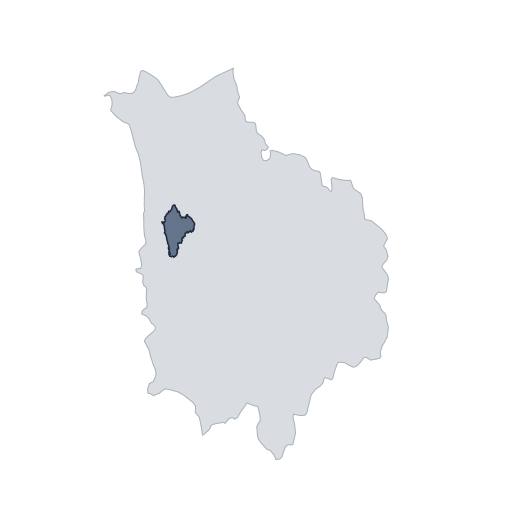 Luninets, Brest, Belarus shown in context, rotated 79°
{"feature_id": "67162791B41216407156673", "entity_name": "Luninets", "entity_type": "district", "adm_level": 2, "iso_a3": "BLR", "parent_name": "Belarus", "parent_adm1": "Brest", "projection": "robinson", "projection_center": [26.952, 52.407], "detail": "fine", "context": "in_parent", "style": "filled", "palette": "slate", "viewbox_px": 512, "rotation_deg": 79, "n_neighbors": 0, "source": "geoboundaries", "source_scale": "gbopen_adm2", "svg_char_len": 8934}
<svg xmlns="http://www.w3.org/2000/svg" viewBox="0 0 512 512"><g transform="rotate(79 256 256)"><path d="M421.5,342.7L413.3,342.3L403.5,342.4L398.1,345.4L392.1,344.0L387.9,345.7L378.4,353.9L374.7,358.3L371.2,365.1L369.1,370.2L370.4,373.7L372.3,377.0L372.8,380.6L373.7,383.3L371.4,385.4L370.0,388.3L365.9,387.8L360.8,385.0L359.7,380.9L355.8,378.1L353.2,376.7L349.0,376.4L342.3,377.7L333.6,378.7L327.0,379.0L323.4,380.4L318.1,381.9L316.0,380.2L313.0,375.6L310.5,371.0L308.8,369.0L307.3,368.5L305.5,368.6L303.5,370.0L302.0,371.5L296.5,373.3L294.1,374.9L291.4,379.1L289.6,378.8L287.8,377.8L285.6,373.1L282.7,372.0L278.1,372.0L272.3,371.0L267.7,369.6L266.0,369.9L263.2,371.9L260.2,372.2L253.6,370.4L252.3,371.2L248.6,376.4L246.8,376.6L245.8,376.0L246.3,371.5L242.5,369.9L236.1,369.7L231.6,370.3L229.3,370.1L228.2,369.3L222.7,361.7L219.7,361.2L214.5,361.6L206.8,360.7L197.9,359.0L193.0,358.4L190.4,356.7L185.0,356.1L170.2,352.9L164.2,352.3L155.4,352.3L141.9,351.6L133.3,352.0L129.2,353.0L124.6,353.7L108.6,354.6L102.8,355.4L101.2,357.0L99.2,360.5L92.5,366.5L86.0,370.5L84.9,370.8L81.1,368.7L78.0,368.0L74.4,367.7L71.8,368.4L70.1,369.4L70.2,374.1L69.8,374.5L67.1,369.0L67.4,364.0L69.1,361.1L71.0,358.6L70.3,354.7L72.3,349.6L72.5,346.0L71.7,344.4L70.2,342.6L66.1,340.5L64.2,338.9L58.7,336.8L53.1,334.2L52.2,332.5L52.5,331.4L53.5,329.7L57.9,324.8L62.6,320.0L65.6,318.1L81.4,311.9L83.8,309.8L84.5,306.2L84.4,298.8L83.6,292.1L82.4,287.5L79.6,278.9L71.9,260.9L67.4,242.4L70.5,243.5L77.9,243.9L83.9,242.6L86.9,242.4L89.6,242.8L97.4,241.8L99.3,243.5L102.7,244.9L109.6,242.8L115.6,240.2L121.9,240.5L122.8,239.2L124.4,232.6L126.3,231.2L133.8,231.8L136.5,230.6L139.5,227.4L143.9,225.4L147.6,225.4L151.4,223.1L153.3,224.6L154.2,227.4L152.9,229.5L153.4,230.4L156.1,231.5L160.6,231.4L163.5,230.5L164.2,229.3L164.2,227.0L163.5,224.9L161.6,223.1L158.0,222.2L155.5,222.1L155.1,221.0L156.0,218.5L158.2,214.0L161.0,209.9L162.7,208.3L163.0,206.9L162.7,204.4L162.6,199.9L165.1,193.6L168.5,188.9L172.9,187.4L178.3,186.6L181.8,184.4L183.5,181.9L185.0,177.9L186.7,177.1L199.7,177.6L201.7,173.7L202.8,172.6L205.3,171.5L207.1,170.1L206.4,169.0L203.1,168.3L195.3,167.7L193.7,166.4L194.2,164.8L196.3,160.8L198.3,155.5L199.4,151.5L199.5,149.1L200.6,148.5L206.9,147.7L209.1,146.9L214.5,141.4L218.7,140.5L229.4,141.9L234.3,141.8L240.6,142.2L241.1,141.6L243.3,136.2L253.8,127.4L259.5,124.4L263.0,123.7L264.3,123.9L270.0,128.5L271.3,128.7L275.1,126.8L281.6,126.6L284.7,128.2L289.1,133.8L291.3,134.5L297.7,131.4L301.2,130.3L303.5,130.4L315.6,134.7L316.5,136.1L316.6,137.8L314.8,142.9L317.3,146.1L320.3,148.2L326.4,144.7L328.6,143.7L331.1,143.7L334.4,142.4L336.8,140.4L339.1,139.7L343.5,140.2L351.5,139.7L360.9,142.8L361.7,143.7L366.4,147.4L368.1,149.2L369.6,149.8L372.2,151.5L375.5,152.6L377.8,152.3L378.9,152.9L380.0,154.3L380.1,156.7L380.0,163.5L376.7,167.0L376.3,168.3L376.5,169.8L379.3,172.7L382.8,177.2L383.7,179.9L383.7,181.9L379.2,187.8L377.7,189.2L376.7,192.1L376.2,195.1L376.6,196.4L384.5,201.1L390.3,203.7L391.7,205.0L391.8,205.8L388.8,210.9L388.6,212.3L393.3,214.4L395.9,217.7L398.3,223.2L402.9,228.4L419.6,236.0L421.1,237.4L421.6,239.0L421.2,242.6L418.4,249.4L421.2,250.4L428.5,250.2L437.4,251.0L448.1,255.8L448.2,258.0L447.2,260.0L448.0,262.0L449.2,263.8L458.6,269.2L459.5,270.8L459.8,273.4L459.6,275.3L457.1,275.7L454.3,276.6L449.7,278.9L448.0,282.1L440.6,286.6L436.1,288.7L432.4,288.8L423.6,287.8L420.4,285.6L419.1,283.6L415.7,282.7L411.2,282.6L405.0,282.9L403.7,283.6L402.8,286.1L400.3,290.3L398.5,292.7L406.5,301.2L410.6,304.6L411.9,306.8L411.9,308.3L410.1,310.1L410.5,313.6L414.4,318.4L413.2,319.1L412.9,324.9L413.1,331.1L414.2,332.6L416.3,333.9L418.2,336.1L421.2,341.3L421.5,342.7Z" fill="#d9dde1" stroke="#a8b0b8" stroke-width="1"/><path d="M229.2,326.8L228.5,326.6L227.9,326.4L227.7,326.2L227.1,325.7L226.9,325.4L226.5,325.3L226.1,325.3L225.0,325.5L224.5,325.4L224.4,324.9L224.2,324.5L224.3,323.9L224.3,323.6L223.8,323.6L223.3,323.6L223.0,323.5L223.0,323.1L223.0,322.9L223.0,322.6L223.0,322.3L222.9,321.9L222.8,321.6L222.6,321.6L222.0,321.6L221.6,321.6L221.2,321.6L220.9,321.5L220.3,321.3L220.1,321.1L220.1,320.8L220.0,320.3L219.9,319.8L219.7,319.6L219.5,319.4L219.2,319.3L219.1,319.0L219.1,318.8L219.5,318.8L220.0,318.6L220.3,318.4L220.1,318.1L220.1,317.8L220.0,317.5L219.7,317.3L219.3,317.0L219.1,316.8L219.2,316.5L219.2,316.2L219.0,315.9L218.8,315.6L218.9,315.3L219.1,315.2L219.5,315.2L220.1,315.1L220.3,315.0L220.3,314.8L220.0,314.5L219.8,314.1L219.6,313.8L219.5,313.5L219.6,313.2L219.3,312.8L219.0,312.7L218.7,312.7L218.3,312.7L218.0,312.7L217.8,312.6L217.7,312.3L217.8,311.7L217.4,311.7L217.1,311.7L216.6,311.6L216.1,311.5L215.6,311.4L215.0,311.2L214.7,311.0L214.3,310.8L214.0,310.6L213.6,310.3L213.3,310.3L212.9,310.3L212.7,310.3L212.4,310.1L212.2,310.1L211.7,310.3L211.1,310.6L210.7,310.8L210.2,311.1L209.7,311.3L208.9,311.5L208.3,311.8L207.9,311.9L207.2,312.1L206.8,312.3L206.5,312.6L206.3,312.8L206.1,313.1L205.7,313.4L205.3,313.5L205.1,313.7L204.9,314.0L204.6,314.3L204.4,314.7L204.3,314.8L204.2,315.0L203.7,315.2L203.3,315.2L202.8,315.2L202.4,315.3L202.3,315.5L202.3,315.8L202.6,316.0L202.7,316.5L202.9,316.8L203.2,316.8L203.5,316.8L203.8,317.0L203.9,317.4L204.1,317.4L204.4,317.3L204.8,317.2L205.0,317.2L205.3,317.3L205.4,317.7L205.4,318.0L205.1,318.3L204.8,318.4L204.4,318.5L204.4,318.9L204.5,319.2L204.5,319.4L204.3,319.7L204.2,319.8L203.9,320.1L203.8,320.5L203.8,320.9L204.0,321.2L204.3,321.3L204.5,321.4L204.5,321.5L204.4,321.6L204.2,321.8L203.7,322.0L203.2,322.2L202.8,322.3L202.6,322.3L202.1,322.4L201.9,322.5L201.7,322.7L201.3,322.8L200.9,322.8L200.3,322.7L199.9,322.8L199.7,322.8L199.4,322.9L199.0,322.9L198.6,322.9L198.4,322.9L198.0,322.8L197.7,322.9L197.5,323.1L197.4,323.3L197.5,323.7L197.6,323.9L197.7,324.1L197.8,324.2L198.0,324.4L197.9,324.6L197.5,324.6L197.0,324.5L196.6,324.5L196.3,324.7L195.9,324.7L195.5,324.6L195.1,324.7L194.6,324.8L194.2,325.0L193.6,325.2L193.0,325.5L192.5,325.7L192.0,325.9L191.7,325.8L191.5,325.7L191.2,325.7L190.8,325.9L190.6,326.0L190.4,326.6L190.3,326.8L190.4,327.1L190.4,327.5L190.6,327.7L190.8,328.0L191.2,328.4L191.5,328.6L191.7,328.8L192.2,329.0L192.6,329.2L192.9,329.3L193.4,329.6L193.7,329.7L193.9,329.9L194.1,330.1L194.3,330.4L194.8,330.7L195.2,331.0L195.5,331.2L195.7,331.4L195.8,331.6L195.8,332.0L195.8,332.5L195.6,332.7L195.3,332.9L195.3,333.1L195.6,333.3L195.9,333.4L196.2,333.3L196.4,333.2L196.6,333.2L196.9,333.3L197.0,333.5L197.1,334.8L197.1,335.0L197.3,335.2L197.6,335.3L197.8,335.4L198.0,335.5L198.2,335.8L198.2,336.0L198.4,336.2L198.7,336.4L199.1,336.6L199.3,336.7L199.4,336.8L199.6,337.1L199.8,337.4L200.0,337.7L200.1,337.9L200.6,338.0L201.0,338.0L201.3,338.1L201.6,338.3L201.7,338.5L201.9,338.6L202.2,338.6L202.4,338.5L202.7,338.3L203.0,338.2L203.3,338.2L203.6,338.3L203.9,338.4L204.2,338.6L204.5,338.8L205.0,339.0L205.3,339.2L205.5,339.3L205.8,339.5L205.7,339.8L205.5,340.0L205.4,340.1L205.2,340.2L205.1,340.4L204.9,340.6L204.7,341.0L204.7,341.5L204.7,341.9L204.9,341.9L205.3,341.8L205.7,341.7L206.2,341.5L206.6,341.2L206.9,340.9L207.2,340.7L207.6,340.6L208.1,340.5L208.4,340.5L209.0,340.5L209.4,340.4L209.8,340.3L210.2,340.3L210.6,340.5L210.9,340.5L211.4,340.6L211.9,340.6L212.4,340.6L212.9,340.6L213.6,340.6L214.5,340.7L215.2,340.8L215.5,341.0L215.7,341.3L215.8,341.5L216.0,341.5L216.2,341.4L216.4,341.2L216.6,341.1L216.8,340.9L217.0,340.8L217.2,340.6L217.5,340.5L217.8,340.5L218.1,340.7L218.3,340.6L218.5,340.3L218.9,340.2L219.2,340.3L219.6,340.3L219.9,340.3L220.2,340.3L220.5,340.4L220.8,340.4L221.0,340.3L221.5,340.3L221.9,340.3L222.3,340.4L222.6,340.4L223.0,340.4L223.5,340.4L223.9,340.3L224.2,340.2L224.6,340.1L225.0,340.1L225.5,340.2L225.8,340.3L226.2,340.3L226.4,340.3L226.8,340.2L227.3,340.1L227.6,340.0L227.9,339.9L228.3,339.8L228.7,339.8L228.9,339.8L229.3,339.7L229.6,339.7L229.8,339.6L230.1,339.6L230.5,339.6L230.7,339.8L230.7,340.0L230.8,340.2L231.1,340.2L231.4,340.3L231.5,340.5L231.9,340.5L232.0,340.3L231.9,340.1L231.9,339.9L232.0,339.7L232.4,339.6L232.6,339.7L232.7,339.9L232.8,340.3L233.2,340.4L233.5,340.2L233.9,340.0L234.2,340.0L234.4,340.0L234.6,340.2L234.8,340.4L235.0,340.6L235.3,340.8L235.6,340.8L235.9,340.8L235.9,340.5L235.9,340.4L235.9,340.2L236.0,340.0L236.2,339.9L236.4,339.9L236.6,340.0L236.8,340.0L237.1,340.0L237.2,339.8L237.5,339.8L237.8,339.9L237.8,340.1L237.7,340.4L237.5,340.6L237.4,340.8L237.4,341.1L237.5,341.2L237.8,341.2L238.0,341.2L238.4,340.9L238.6,340.9L238.9,340.8L239.2,340.8L239.4,340.7L239.7,340.7L240.1,339.8L240.6,339.2L240.7,338.8L240.2,338.1L240.5,337.4L241.0,336.9L241.5,336.8L241.3,336.4L240.9,336.1L240.7,335.0L240.2,334.6L239.8,334.0L239.5,333.5L239.1,333.5L238.6,333.5L238.2,333.0L237.4,332.4L237.0,332.4L235.6,332.4L234.7,332.4L234.9,331.9L234.9,331.6L234.3,331.4L233.9,331.3L233.5,331.1L233.5,330.5L232.8,330.4L231.1,330.5L229.3,330.5L228.6,330.3L228.5,329.9L228.8,329.6L228.9,329.1L228.6,328.7L228.3,328.3L228.4,328.0L228.7,327.5L229.2,327.0L229.2,326.8Z" fill="#64748b" stroke="#1e293b" stroke-width="1.5"/></g></svg>